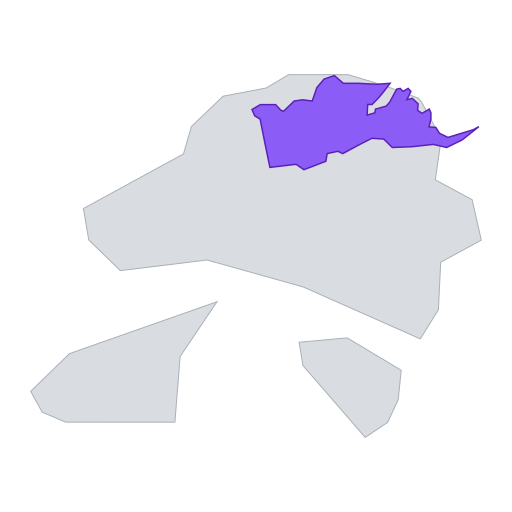 Hong Kong S.A.R., with North highlighted
{"feature_id": "HKG-5168", "entity_name": "North", "entity_type": "state/province", "adm_level": 1, "iso_a3": "HKG", "parent_name": "Hong Kong S.A.R.", "parent_adm1": "", "projection": "orthographic", "projection_center": [114.21, 22.516], "detail": "fine", "context": "in_parent", "style": "filled", "palette": "violet", "viewbox_px": 512, "rotation_deg": 0, "n_neighbors": 0, "source": "natural_earth", "source_scale": "10m", "svg_char_len": 1389}
<svg xmlns="http://www.w3.org/2000/svg" viewBox="0 0 512 512"><path d="M191.4,126.6L193.9,124.1L223.1,96.2L266.1,88.0L288.7,74.6L347.9,74.6L384.2,85.5L418.4,98.2L421.7,102.3L441.2,138.9L435.3,179.9L472.1,199.7L481.3,240.1L440.7,262.2L438.4,309.7L420.3,338.9L303.3,287.0L207.0,260.0L120.3,270.6L88.8,240.0L83.4,208.5L183.5,153.9L191.4,126.6ZM174.9,422.2L65.6,422.1L42.2,412.2L30.7,391.3L69.5,353.6L217.0,301.7L180.1,356.5L174.9,422.2ZM387.7,422.3L365.2,437.4L303.0,365.6L299.1,342.2L347.2,337.9L401.2,370.3L398.2,399.7L387.7,422.3Z" fill="#d9dde1" stroke="#a8b0b8" stroke-width="1"/><path d="M334.4,75.6L343.3,83.3L358.5,83.3L377.4,84.3L385.6,83.6L390.1,83.3L383.3,92.2L378.7,97.7L372.1,104.5L367.7,104.5L367.1,115.1L374.9,112.8L375.5,109.1L386.2,106.1L389.7,102.1L396.7,89.1L400.2,88.4L403.0,91.4L408.1,88.4L410.9,91.4L406.9,99.7L412.3,98.4L418.1,103.8L417.6,110.4L422.1,113.3L429.3,109.1L430.9,112.8L430.9,119.0L429.0,126.9L435.8,127.4L439.5,133.3L447.9,137.4L473.3,129.7L478.9,126.6L462.3,139.8L446.7,147.5L433.3,144.4L412.1,146.7L392.3,147.5L383.8,139.1L371.8,138.3L358.3,145.2L342.8,153.6L337.8,151.3L327.2,153.6L325.8,161.3L303.9,169.7L296.1,164.3L269.9,167.4L265.0,143.6L260.1,119.1L254.7,115.8L252.0,109.5L260.3,104.6L275.6,104.6L280.7,110.1L283.5,111.3L294.2,101.0L302.6,99.8L312.2,101.0L316.9,87.5L324.2,79.0L334.4,75.6Z" fill="#8b5cf6" stroke="#5b21b6" stroke-width="1.5"/></svg>